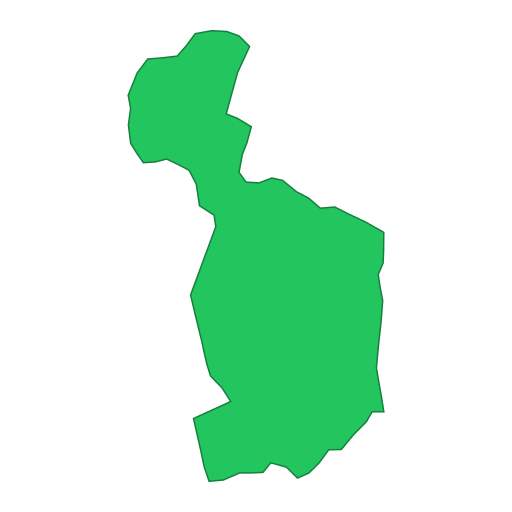 the district of Camaragibe, Pernambuco, Brazil
{"feature_id": "56859067B56162371864322", "entity_name": "Camaragibe", "entity_type": "district", "adm_level": 2, "iso_a3": "BRA", "parent_name": "Brazil", "parent_adm1": "Pernambuco", "projection": "robinson", "projection_center": [-34.999, -7.981], "detail": "fine", "context": "isolated", "style": "filled", "palette": "green", "viewbox_px": 512, "rotation_deg": 0, "n_neighbors": 0, "source": "geoboundaries", "source_scale": "gbopen_adm2", "svg_char_len": 1115}
<svg xmlns="http://www.w3.org/2000/svg" viewBox="0 0 512 512"><path d="M249.6,46.5L239.0,35.9L226.8,31.5L211.7,30.7L195.2,33.7L186.1,46.0L177.2,56.1L162.7,57.8L147.7,59.0L137.1,73.1L128.2,95.2L130.6,108.3L128.4,124.8L130.6,143.2L136.7,153.1L143.4,162.7L155.5,161.9L166.6,159.0L178.5,164.7L189.1,170.3L196.3,184.1L199.5,205.8L214.1,215.1L215.8,226.7L190.6,294.9L194.1,309.9L198.4,327.6L201.7,340.9L204.1,352.3L206.9,364.3L210.6,376.1L221.9,387.7L230.7,401.5L214.1,409.1L193.5,418.5L197.4,435.7L200.6,449.8L204.1,466.5L209.1,481.3L223.4,480.0L239.6,472.9L252.4,472.9L263.0,472.4L270.8,462.8L286.5,467.2L297.5,478.1L309.0,472.9L319.2,462.8L328.7,449.8L341.3,449.5L353.7,434.5L366.4,421.7L372.1,411.8L383.8,411.8L381.6,397.8L378.6,380.8L376.4,368.0L378.6,343.9L381.0,322.5L382.7,300.6L379.9,285.8L378.2,274.5L383.1,263.1L383.6,251.3L383.8,232.4L366.0,222.3L346.9,213.2L334.8,207.0L320.3,208.2L308.6,198.1L296.4,191.7L282.6,180.4L271.9,178.0L259.1,182.9L246.1,182.1L239.0,172.3L242.5,153.8L246.8,143.2L251.3,126.7L237.5,118.4L226.2,113.9L237.5,72.8L249.6,46.5Z" fill="#22c55e" stroke="#15803d" stroke-width="1.5"/></svg>